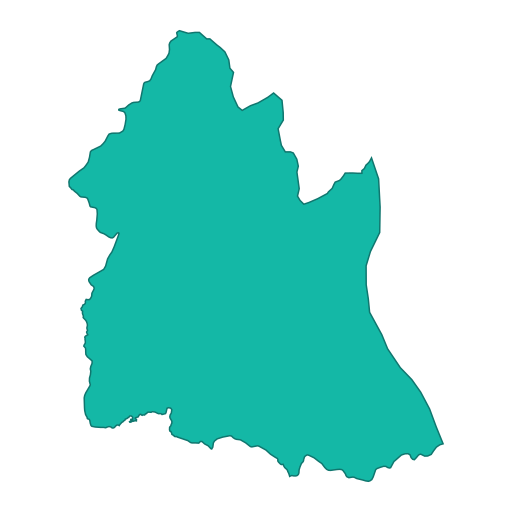 outline of Hiem, Houaphan, Laos
{"feature_id": "54806243B99881482516607", "entity_name": "Hiem", "entity_type": "district", "adm_level": 2, "iso_a3": "LAO", "parent_name": "Laos", "parent_adm1": "Houaphan", "projection": "natural_earth1", "projection_center": [103.244, 20.096], "detail": "fine", "context": "isolated", "style": "filled", "palette": "teal", "viewbox_px": 512, "rotation_deg": 0, "n_neighbors": 0, "source": "geoboundaries", "source_scale": "gbopen_adm2", "svg_char_len": 5971}
<svg xmlns="http://www.w3.org/2000/svg" viewBox="0 0 512 512"><path d="M371.5,157.9L369.5,161.6L367.8,163.5L366.0,165.1L364.3,168.6L361.9,170.6L361.9,173.3L357.8,173.3L352.5,173.0L345.2,173.1L343.5,175.8L340.8,179.3L339.4,180.5L335.2,182.1L333.9,184.5L332.2,188.4L328.4,191.9L327.4,193.5L317.7,198.7L308.7,202.6L303.8,204.2L300.0,200.4L297.5,196.1L299.2,188.7L296.9,172.0L298.3,166.2L296.8,159.2L293.3,153.0L290.5,151.9L285.3,151.9L281.4,145.4L280.3,140.3L278.1,128.7L283.3,120.1L283.2,112.7L282.0,100.3L273.6,93.0L267.8,97.3L258.1,102.9L250.5,105.7L242.2,110.4L238.0,107.0L233.3,96.9L230.5,86.5L233.5,72.4L229.9,68.2L228.8,60.0L224.9,51.9L220.4,47.7L216.9,45.0L209.9,38.9L206.7,38.9L199.4,32.4L195.2,32.4L188.2,33.3L179.5,30.7L178.5,31.2L177.2,32.1L176.7,32.8L177.4,35.9L177.1,36.9L170.9,41.1L169.7,43.0L169.2,44.7L169.5,49.6L169.0,53.2L167.9,55.4L166.1,58.4L158.8,63.7L157.2,65.0L156.4,66.7L155.6,69.7L152.3,75.7L151.0,79.0L149.7,80.8L147.7,81.6L145.0,82.3L144.3,82.8L143.7,83.9L140.3,100.6L139.4,101.6L138.2,102.1L133.7,102.4L132.0,102.9L128.8,104.9L125.9,107.5L124.9,108.2L120.0,108.9L118.8,109.4L118.8,110.1L120.0,110.6L123.6,111.5L125.0,113.0L125.9,115.9L126.0,119.2L125.1,124.7L123.9,129.4L122.8,131.1L119.4,133.1L112.1,133.2L110.5,133.6L109.1,134.1L107.9,135.9L105.1,141.3L103.1,143.7L100.7,146.1L91.5,150.5L90.4,151.9L89.5,157.3L88.2,162.1L85.7,165.7L83.9,167.9L79.3,171.1L75.5,174.2L70.5,178.3L69.4,179.7L68.9,181.9L69.3,186.4L70.9,188.1L71.8,189.3L72.4,189.7L73.1,189.7L73.7,190.2L74.2,191.0L77.1,193.3L79.9,196.3L81.0,196.9L85.4,197.3L87.0,198.0L87.7,198.9L89.2,203.0L90.0,206.1L90.6,206.8L95.0,207.7L96.2,208.4L97.0,209.5L97.3,213.9L96.8,220.0L96.3,223.4L96.2,226.0L96.5,227.8L97.2,229.1L99.3,231.5L100.3,232.4L104.1,233.8L106.2,235.1L108.9,237.0L110.8,237.8L112.3,237.9L113.5,237.3L116.9,233.3L117.6,232.9L118.6,232.8L119.0,233.4L118.2,236.0L114.1,247.0L111.9,252.0L109.9,254.8L107.6,258.9L105.6,266.1L103.7,269.4L93.7,275.1L89.9,277.6L89.1,278.6L88.7,279.5L88.8,280.8L89.2,281.8L91.2,284.8L93.5,286.4L94.1,287.8L94.1,288.8L93.5,290.2L92.1,292.8L91.8,293.9L91.8,295.2L91.5,296.6L90.7,298.1L89.6,299.5L88.0,299.7L86.2,299.4L85.8,300.1L85.3,301.2L85.4,302.7L85.2,303.4L84.5,304.3L82.9,305.0L82.2,307.0L81.0,308.4L81.4,310.2L82.6,311.2L82.4,313.0L82.6,313.9L83.4,316.0L83.2,317.6L85.7,320.3L86.5,321.6L87.2,323.6L87.3,324.2L87.4,325.5L86.9,327.8L87.0,328.9L87.5,330.0L87.5,330.5L86.6,332.0L86.7,332.7L87.8,334.8L85.5,336.1L84.9,336.9L84.8,337.5L85.1,338.3L85.0,339.5L85.3,341.1L85.3,343.1L84.2,344.9L83.8,346.1L85.5,348.1L85.7,350.2L85.7,352.0L85.9,354.5L87.3,356.7L92.1,360.9L92.1,363.3L90.8,366.5L90.3,368.9L90.8,371.3L90.4,374.8L89.5,378.0L89.4,381.2L90.3,384.8L89.8,386.0L85.8,392.8L84.7,395.4L84.2,397.9L84.5,407.8L84.7,410.5L85.6,414.6L87.2,417.5L87.3,418.5L87.8,418.9L88.5,419.0L89.4,419.6L89.8,420.6L90.3,423.4L91.0,425.5L91.8,426.3L95.2,427.0L100.7,427.4L103.8,427.4L105.2,427.7L105.9,427.7L106.8,427.2L108.6,426.6L109.4,426.6L110.8,426.9L111.9,427.8L112.5,428.0L113.2,428.0L114.4,427.5L115.8,425.9L116.9,425.1L117.7,425.0L118.5,425.1L119.2,425.6L119.8,424.6L121.9,422.3L122.8,421.9L123.8,420.8L124.6,420.4L125.1,419.9L125.3,419.1L126.6,418.7L127.5,418.1L127.9,417.6L128.7,417.5L129.5,416.2L130.8,415.9L131.3,416.0L132.6,417.1L132.7,417.6L132.6,419.2L132.1,419.3L131.4,419.2L130.8,419.4L130.8,419.7L131.3,420.0L131.1,420.5L130.7,420.9L129.5,421.7L129.7,422.1L130.4,422.0L130.7,422.2L131.3,421.9L131.7,421.5L132.0,420.6L132.7,420.6L133.0,421.3L135.2,420.7L136.4,420.9L136.5,419.5L135.4,418.8L135.2,418.3L135.2,418.0L135.7,417.6L136.9,417.4L137.3,417.1L138.3,416.8L138.9,415.3L139.6,414.9L140.1,414.3L140.6,414.3L141.0,414.4L141.5,415.0L142.2,415.3L142.4,415.1L143.3,414.9L144.6,415.0L144.9,414.7L145.5,413.8L146.3,413.7L146.7,413.4L147.4,412.4L148.6,412.1L151.1,412.3L152.2,411.7L152.6,411.7L154.8,412.0L156.0,412.5L157.3,413.2L158.6,413.7L160.3,413.6L161.0,413.7L161.5,414.0L162.0,414.5L165.5,413.6L166.1,412.3L167.0,408.3L168.4,407.7L169.6,407.9L170.6,408.1L171.8,409.6L171.3,413.1L170.2,414.9L169.8,416.8L170.1,418.1L171.6,420.7L171.9,421.6L171.8,423.3L171.2,424.3L171.0,425.3L170.7,426.0L170.0,426.7L169.6,427.4L169.5,429.7L169.8,431.0L170.0,431.2L170.8,431.4L171.0,431.7L171.3,432.6L171.7,433.1L171.9,434.4L174.1,435.7L174.3,436.3L175.1,436.6L176.1,436.6L176.5,436.5L176.9,436.6L177.2,437.0L187.8,440.6L190.5,442.5L191.9,442.9L195.2,442.9L198.8,443.1L200.3,441.5L202.0,441.5L204.6,443.9L208.2,445.8L210.9,448.7L211.7,449.0L212.8,447.1L213.4,442.8L214.6,440.9L217.3,438.8L222.7,437.1L229.9,435.7L231.6,436.1L233.1,437.6L234.9,438.8L236.4,439.3L240.4,439.8L245.6,442.8L250.4,446.6L251.8,446.9L257.5,445.8L258.8,446.1L265.9,450.0L270.5,454.2L275.1,457.2L277.4,458.5L277.9,459.5L277.8,460.6L278.0,461.4L278.8,462.4L280.5,464.1L281.3,464.5L282.0,464.5L283.1,464.3L283.9,466.2L284.7,467.5L285.6,468.4L286.8,469.4L287.4,470.3L287.8,471.5L288.8,473.5L289.7,476.4L290.4,476.0L291.8,475.5L293.7,475.9L295.9,475.9L297.0,475.6L297.9,474.9L298.4,474.3L298.9,472.9L299.1,469.8L300.0,466.9L301.4,463.5L303.0,461.8L303.5,460.8L303.7,459.4L304.5,456.9L305.0,456.3L306.5,455.2L307.7,454.9L309.1,455.4L314.1,457.8L318.6,461.3L321.8,463.5L324.8,467.5L326.6,469.3L328.4,470.2L330.4,470.4L336.9,469.5L339.6,469.3L341.7,469.6L342.9,470.4L345.3,473.7L346.0,475.5L346.8,476.7L348.9,477.7L352.4,477.1L354.1,477.2L356.6,478.5L362.7,480.0L365.7,480.9L368.5,481.3L370.0,480.8L371.8,479.6L373.2,476.9L375.7,469.6L376.9,468.6L380.3,467.3L383.6,466.3L386.0,466.4L387.4,467.4L389.4,468.0L390.6,467.7L394.0,461.4L394.7,460.9L401.4,455.0L405.0,453.8L408.1,453.7L410.1,454.9L411.1,457.6L412.7,459.3L414.4,459.7L416.3,457.7L418.6,454.9L420.6,454.1L424.7,456.1L427.7,456.0L431.2,454.4L433.6,450.8L436.4,447.1L439.8,444.8L443.1,443.8L436.1,426.6L429.6,409.0L420.7,392.2L411.8,379.6L400.3,367.7L387.6,348.8L381.8,334.7L369.6,312.3L368.3,298.9L366.2,284.8L366.1,265.8L370.4,251.6L379.7,232.5L380.1,207.1L378.6,178.9L371.5,157.9Z" fill="#14b8a6" stroke="#0f766e" stroke-width="1.5"/></svg>